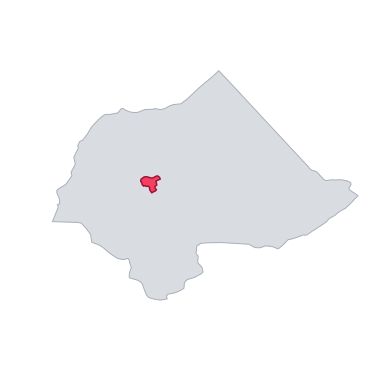 location of Dokolo within Uganda, rotated 227°
{"feature_id": "UGA-3100", "entity_name": "Dokolo", "entity_type": "County", "adm_level": 1, "iso_a3": "UGA", "parent_name": "Uganda", "parent_adm1": "", "projection": "albers", "projection_center": [33.084, 1.906], "detail": "fine", "context": "in_parent", "style": "filled", "palette": "rose", "viewbox_px": 384, "rotation_deg": 227, "n_neighbors": 0, "source": "natural_earth", "source_scale": "10m", "svg_char_len": 2780}
<svg xmlns="http://www.w3.org/2000/svg" viewBox="0 0 384 384"><g transform="rotate(227 192 192)"><path d="M262.5,294.3L257.8,294.3L250.1,294.4L242.5,294.4L234.8,294.4L227.1,294.4L219.5,294.4L211.8,294.4L204.2,294.4L196.5,294.3L188.8,294.3L181.2,294.3L173.5,294.3L165.8,294.3L158.2,294.3L150.5,294.3L142.8,294.3L135.2,294.3L130.7,294.3L129.7,294.1L129.1,294.0L126.2,294.5L123.2,296.4L120.0,297.1L116.6,296.8L116.2,297.0L114.5,297.0L112.0,296.8L109.8,297.3L108.0,299.0L106.3,301.8L103.1,305.0L100.7,307.9L98.6,309.9L93.8,313.3L91.2,314.3L89.9,314.1L89.1,313.5L87.6,309.2L86.7,308.5L77.4,310.7L76.0,310.7L76.1,309.4L75.4,299.2L75.4,293.1L76.6,289.2L77.3,284.7L77.4,280.8L79.1,274.1L78.5,270.1L80.7,256.0L81.3,253.7L82.2,246.9L83.6,244.8L84.8,244.0L86.4,239.8L89.5,233.1L91.6,229.7L91.2,222.2L91.5,217.0L92.0,215.9L96.5,214.0L102.3,209.3L104.8,203.7L108.3,200.2L115.1,197.9L135.1,178.9L144.4,168.6L148.5,163.3L148.6,161.4L149.4,158.9L147.8,157.0L145.8,155.2L145.2,153.6L143.5,152.8L141.1,152.8L139.6,151.6L137.8,149.3L136.0,147.9L130.3,148.0L126.0,145.6L126.0,142.4L127.7,136.0L131.1,128.8L131.2,126.7L130.8,125.0L130.0,123.6L128.5,122.1L127.1,120.4L128.2,115.1L130.3,110.0L132.0,107.5L133.7,104.6L133.2,102.2L130.8,101.1L132.0,98.8L134.7,94.9L139.8,91.0L144.3,88.4L147.3,88.4L153.1,90.5L158.3,92.9L161.2,93.1L164.7,92.0L172.0,87.7L173.7,89.1L175.9,91.7L178.1,96.1L182.7,98.1L184.9,99.5L186.5,99.9L187.3,99.5L189.1,96.1L191.2,94.2L195.1,91.9L203.6,90.0L209.7,89.4L212.3,89.0L216.6,87.9L223.5,84.4L230.2,88.9L237.5,89.8L244.6,89.8L246.7,88.4L248.0,87.3L255.4,79.9L265.5,69.7L272.2,84.0L274.5,84.8L274.2,86.1L273.6,87.3L278.0,90.7L283.4,92.5L285.3,94.2L285.5,96.1L283.7,104.5L284.0,106.8L285.8,115.2L289.0,117.1L291.8,125.5L297.6,129.0L298.4,130.0L299.8,134.1L301.5,138.6L302.9,139.6L303.8,139.9L305.5,144.6L304.5,147.3L305.8,155.3L308.0,162.5L308.6,171.2L308.6,175.0L308.6,177.3L308.1,180.6L307.1,182.5L305.2,184.3L303.2,187.2L301.4,190.3L300.3,191.9L301.2,196.5L301.0,197.7L300.5,198.3L297.9,199.1L294.5,200.3L292.5,201.5L289.6,203.9L287.3,206.5L284.3,214.0L279.2,219.8L278.3,221.8L273.5,225.3L271.4,229.6L270.1,234.9L268.2,238.6L264.2,243.8L263.3,252.0L263.4,268.4L262.4,287.0L262.5,294.3Z" fill="#d9dde1" stroke="#a8b0b8" stroke-width="1"/><path d="M221.1,171.0L221.3,168.4L219.8,167.7L217.9,167.5L217.7,165.9L218.4,164.1L218.8,162.1L220.5,162.2L222.1,162.5L223.5,163.4L225.0,164.2L226.3,163.8L227.3,162.4L228.7,161.9L229.4,160.6L230.3,160.8L231.0,160.5L232.7,161.4L234.8,161.8L235.5,162.6L236.1,163.6L235.7,167.0L235.5,167.5L235.1,167.8L234.6,168.7L233.9,169.4L230.0,171.8L229.5,172.1L229.1,172.5L228.8,173.9L228.0,176.4L227.8,177.0L227.6,177.5L227.0,177.8L226.3,178.1L224.7,178.2L223.1,177.5L224.6,173.2L221.1,171.0Z" fill="#f43f5e" stroke="#9f1239" stroke-width="1.5"/></g></svg>